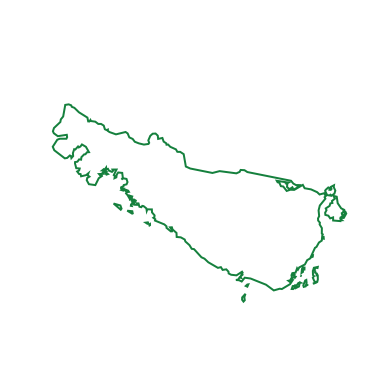 outline of Pulau Taliabu, Maluku Utara, Indonesia, rotated 208°
{"feature_id": "22746128B98781354669228", "entity_name": "Pulau Taliabu", "entity_type": "district", "adm_level": 2, "iso_a3": "IDN", "parent_name": "Indonesia", "parent_adm1": "Maluku Utara", "projection": "albers", "projection_center": [124.647, -1.826], "detail": "fine", "context": "isolated", "style": "outline", "palette": "green", "viewbox_px": 384, "rotation_deg": 208, "n_neighbors": 0, "source": "geoboundaries", "source_scale": "gbopen_adm2", "svg_char_len": 5975}
<svg xmlns="http://www.w3.org/2000/svg" viewBox="0 0 384 384"><g transform="rotate(208 192 192)"><path d="M111.9,134.9L109.0,136.2L106.1,136.3L105.2,141.1L99.7,143.1L83.1,144.9L73.6,143.5L69.1,147.8L67.1,148.5L62.2,156.6L61.8,160.4L63.5,158.6L65.2,158.9L63.9,160.0L63.7,163.6L65.1,165.2L65.3,167.5L62.7,169.4L63.4,174.0L62.0,173.2L61.9,175.8L58.3,181.0L58.3,185.9L56.5,188.8L57.2,200.4L56.3,202.0L56.2,207.0L54.6,210.0L57.0,215.9L55.8,215.8L57.9,216.3L60.4,221.1L64.1,223.3L64.7,225.0L67.2,226.0L68.3,227.8L68.4,230.4L71.6,235.2L72.8,240.1L71.1,248.7L72.5,249.7L72.0,251.2L74.8,252.9L78.2,249.7L81.4,250.6L88.1,250.2L94.3,248.2L97.5,250.3L102.7,241.9L106.2,240.2L108.9,237.4L114.0,239.7L116.3,238.9L119.2,241.2L121.0,240.8L122.4,241.7L111.2,245.6L112.5,243.6L111.5,243.6L110.5,241.1L108.1,240.4L105.4,241.5L106.2,242.2L105.6,243.3L103.5,241.8L100.7,245.8L100.9,246.9L106.5,247.0L109.8,248.4L152.5,235.6L155.9,235.9L159.4,234.3L159.4,232.1L161.6,229.3L177.4,223.4L182.9,218.4L204.6,211.9L209.4,211.6L217.1,221.5L221.2,221.9L223.8,220.6L226.2,222.1L232.4,221.7L235.4,222.7L236.7,221.8L237.6,222.9L240.7,223.2L243.5,225.8L246.8,223.0L248.7,225.7L251.6,226.5L254.1,225.0L255.2,222.0L254.8,217.1L252.9,215.3L253.0,214.0L256.7,211.3L261.7,210.0L266.1,209.5L269.3,211.0L273.0,210.8L276.3,213.5L278.8,213.8L286.2,207.2L292.9,206.2L294.9,206.4L295.6,207.6L296.3,206.6L298.4,206.5L301.1,209.2L304.2,209.4L306.7,208.1L310.4,208.7L314.6,207.2L315.5,207.9L315.7,206.1L316.8,205.6L319.3,208.6L329.3,209.3L335.4,211.1L338.2,210.8L339.3,211.8L342.0,211.5L344.8,209.4L341.2,198.2L341.9,194.5L341.1,192.0L343.9,183.7L343.3,180.3L341.6,179.0L336.7,178.3L329.4,183.7L328.0,181.8L327.9,180.1L333.8,176.9L335.5,174.9L336.2,166.6L333.2,164.2L320.1,162.0L318.2,163.5L317.0,166.9L315.8,167.0L314.4,165.3L313.8,167.9L315.4,170.4L316.1,174.5L315.0,174.7L314.0,178.7L312.9,178.2L311.9,179.7L311.5,182.3L306.9,182.1L301.7,178.8L303.4,177.7L303.8,175.3L304.9,174.6L306.0,170.8L305.1,168.5L307.0,167.8L307.4,165.0L309.3,163.5L308.8,162.4L305.4,158.7L302.2,160.0L301.8,158.0L303.0,156.2L300.2,154.9L298.8,155.5L297.3,153.8L293.4,157.2L292.3,159.9L292.0,157.8L289.8,157.4L291.1,155.3L290.5,153.0L286.7,150.5L280.6,152.7L280.8,160.4L279.0,163.9L279.8,164.5L280.5,163.4L282.5,164.2L279.4,166.1L280.1,166.2L279.8,167.6L277.5,168.2L275.7,167.2L274.6,168.4L278.1,169.1L277.3,170.0L278.2,170.3L281.4,168.9L280.6,170.8L279.6,170.8L279.3,173.2L278.4,171.8L277.1,173.0L275.5,171.9L272.1,172.2L271.6,173.8L272.7,174.5L269.2,176.4L269.0,170.2L267.7,170.0L266.9,167.8L265.7,169.4L266.6,172.0L266.3,174.6L262.6,176.1L259.8,172.2L260.1,170.0L258.9,171.9L256.0,172.8L253.6,170.5L253.4,168.0L255.5,166.1L255.2,165.1L256.8,162.8L256.4,162.1L254.4,162.8L255.3,160.6L253.2,161.0L252.3,162.6L251.3,161.9L250.9,163.0L249.0,163.2L247.8,162.5L249.4,161.3L249.6,159.8L247.5,159.0L242.7,160.0L242.4,157.9L244.3,158.1L243.3,156.3L242.5,157.3L241.5,156.3L240.9,157.4L239.6,156.2L239.4,158.1L237.6,158.0L237.5,157.0L238.7,157.4L238.5,155.5L236.9,153.7L235.3,154.7L234.6,153.8L235.1,154.8L233.9,155.2L235.1,156.2L233.9,156.8L231.5,154.3L229.6,154.8L229.4,156.4L228.1,156.8L224.6,156.1L223.1,154.1L223.3,155.7L219.3,157.8L217.7,155.2L214.1,153.8L213.4,152.2L214.0,151.1L211.6,150.7L211.3,149.4L201.2,150.4L198.4,149.7L197.7,148.4L192.2,147.3L191.2,147.9L191.6,149.0L194.7,150.5L193.2,151.4L191.6,149.8L186.5,148.6L184.4,145.1L180.6,146.7L176.1,146.6L174.6,145.2L169.3,143.9L165.6,141.7L163.4,142.5L153.0,138.8L149.7,139.0L144.6,137.6L133.5,137.2L131.2,139.2L128.4,137.6L125.4,139.8L122.4,138.8L121.4,137.3L118.6,137.3L113.6,139.3L110.4,145.1L109.4,144.5L109.5,142.2L108.7,142.3L109.6,139.9L108.4,139.2L109.9,138.9L110.1,136.5L111.9,134.9ZM54.0,233.1L47.2,236.0L47.5,236.9L46.4,237.5L48.5,238.0L48.9,239.2L47.7,241.1L47.7,239.3L45.8,240.4L45.7,245.4L46.8,246.2L47.1,242.7L48.7,242.4L49.8,243.6L48.3,246.3L50.2,246.1L48.8,246.9L49.2,247.7L52.6,247.6L58.1,250.5L62.0,255.8L65.2,255.0L62.7,253.2L64.2,249.8L62.9,248.2L64.5,246.9L64.0,244.3L66.2,240.3L64.7,239.1L64.7,236.2L63.5,234.4L60.5,235.1L57.6,233.6L55.5,235.8L54.0,233.1ZM71.2,252.7L69.0,253.5L68.2,255.4L68.2,253.8L67.2,254.0L65.5,257.4L66.1,260.5L69.2,262.9L69.8,264.6L71.8,261.7L70.7,260.2L70.1,261.0L70.5,259.0L71.7,258.5L72.1,260.1L73.8,260.0L75.0,256.6L75.0,255.5L71.2,252.7ZM40.0,170.9L42.2,167.9L41.4,168.4L39.8,170.3L39.2,171.3L39.8,173.8L41.8,177.4L42.8,178.1L43.1,177.3L43.8,178.6L45.5,178.6L45.9,179.9L47.5,180.3L48.2,179.0L46.2,175.5L44.8,175.0L45.1,173.1L42.4,170.9L40.8,170.3L40.5,170.4L40.2,170.9L40.0,170.9ZM255.8,145.0L246.6,142.9L246.4,144.2L248.9,146.5L255.8,145.0ZM95.1,119.4L94.6,121.2L96.4,123.7L97.0,127.2L98.2,122.5L97.2,120.4L95.1,119.4ZM48.8,160.7L47.4,162.0L48.1,165.5L49.8,168.0L50.5,167.0L49.9,161.8L48.8,160.7ZM58.8,175.8L57.3,172.0L56.5,173.6L57.6,175.3L56.3,176.3L57.2,178.1L58.5,177.5L58.8,175.8ZM55.7,159.2L54.9,156.4L53.2,158.8L54.1,161.9L55.3,161.7L55.7,159.2ZM57.1,158.9L57.3,157.3L58.9,156.2L58.4,153.2L57.1,153.8L56.2,156.1L57.1,158.9ZM240.4,145.1L234.7,144.8L234.3,145.3L235.7,147.0L240.4,145.1ZM48.4,180.3L47.3,180.9L47.2,183.3L45.5,183.8L45.8,184.9L48.8,182.3L48.4,180.3ZM100.4,134.3L98.7,134.4L98.9,136.9L99.7,136.3L100.4,134.3ZM98.7,249.3L99.6,248.9L102.2,247.6L100.6,247.1L98.7,249.3ZM56.0,214.2L54.5,212.3L53.7,212.6L55.2,214.9L55.0,213.7L56.0,214.2ZM218.5,143.2L216.4,143.0L215.7,143.7L216.7,144.5L218.5,143.2ZM64.4,165.8L63.1,165.9L62.7,167.1L63.9,167.4L64.4,165.8ZM239.6,154.1L237.4,153.6L239.9,155.0L239.6,154.1ZM63.6,163.0L62.8,160.8L62.2,162.1L63.6,163.0ZM55.9,190.4L55.0,191.5L55.4,192.6L56.2,191.4L55.9,190.4ZM62.0,164.4L60.9,164.5L60.7,165.9L61.7,165.8L62.0,164.4ZM239.5,151.1L238.6,151.4L239.9,152.6L240.0,152.4L239.5,151.1ZM214.0,143.9L214.4,143.1L213.8,142.5L213.5,143.0L214.0,143.9ZM246.8,158.6L246.0,158.1L246.3,159.0L246.8,158.6ZM53.4,162.9L54.2,162.9L54.1,162.4L53.4,162.9ZM46.7,164.8L46.7,163.7L46.4,164.1L46.7,164.8ZM56.9,169.3L56.4,169.0L55.8,169.2L56.9,169.3Z" fill="none" stroke="#15803d" stroke-width="2"/></g></svg>